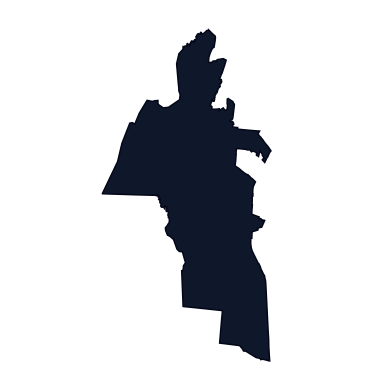 Žīguru pag., Vilakas, Latvia (Robinson projection), rotated 274°
{"feature_id": "27541924B94505112001659", "entity_name": "Žīguru pag.", "entity_type": "district", "adm_level": 2, "iso_a3": "LVA", "parent_name": "Latvia", "parent_adm1": "Vilakas", "projection": "robinson", "projection_center": [27.752, 57.307], "detail": "fine", "context": "isolated", "style": "filled", "palette": "ink", "viewbox_px": 384, "rotation_deg": 274, "n_neighbors": 0, "source": "geoboundaries", "source_scale": "gbopen_adm2", "svg_char_len": 5858}
<svg xmlns="http://www.w3.org/2000/svg" viewBox="0 0 384 384"><g transform="rotate(274 192 192)"><path d="M36.9,256.8L36.0,258.7L34.8,260.8L31.5,267.2L31.2,268.3L30.9,270.7L30.7,271.3L30.4,271.7L30.0,272.0L29.6,272.2L30.0,273.6L30.0,275.1L29.7,276.7L28.9,280.7L28.9,281.3L36.7,280.2L43.2,279.4L49.9,278.8L58.3,277.7L105.7,272.0L108.8,271.5L112.2,270.4L112.7,270.5L113.8,270.0L113.7,269.8L119.7,266.4L121.5,265.4L121.7,265.6L124.5,264.1L125.1,263.7L124.7,263.4L126.6,262.4L133.3,258.5L137.3,256.2L139.1,255.5L140.5,255.0L142.0,254.7L144.4,254.2L145.9,254.1L150.0,253.9L150.0,254.9L156.5,254.7L158.1,259.0L158.9,260.5L160.7,260.2L161.6,263.5L161.8,264.0L168.7,266.5L168.9,265.9L168.6,265.5L168.2,265.2L168.3,265.0L168.8,264.8L168.9,264.7L168.2,264.3L168.2,264.1L168.3,264.0L168.5,263.9L169.1,263.7L169.3,263.3L170.1,262.7L170.3,262.3L170.1,261.6L170.3,260.5L171.8,260.7L172.5,258.2L174.0,253.2L179.1,253.0L179.4,253.1L183.9,253.1L184.0,252.7L187.6,252.7L191.8,252.4L192.0,253.0L194.7,252.9L194.8,252.6L199.1,252.5L201.6,252.7L206.6,254.6L208.9,251.9L209.7,250.9L210.4,249.6L211.3,248.8L212.1,247.8L213.0,246.9L213.4,245.5L213.7,244.7L214.6,243.0L217.0,239.5L218.8,237.2L219.7,235.5L221.2,233.1L226.2,233.4L230.7,233.4L233.6,233.4L234.0,233.2L238.4,233.3L238.4,235.3L238.5,235.9L238.3,242.3L237.8,244.7L238.2,246.5L236.2,248.6L237.2,250.0L235.8,253.6L233.0,253.8L232.4,255.5L232.1,255.9L237.5,256.8L235.0,259.3L233.2,259.7L231.2,261.4L229.0,259.9L226.5,262.5L232.9,265.0L232.7,265.2L235.8,266.3L237.3,267.0L238.4,267.9L238.6,267.9L242.6,264.7L245.6,261.8L248.4,259.4L248.6,259.4L251.2,256.9L251.4,256.9L252.3,255.7L254.6,253.8L257.5,255.2L257.5,249.9L257.7,239.6L257.9,233.5L258.4,233.3L258.2,233.0L258.8,232.9L259.5,233.0L259.5,231.1L259.7,228.5L259.6,228.4L260.2,227.8L260.3,227.8L261.3,228.0L261.7,228.2L262.5,228.9L263.1,228.8L263.9,228.5L264.6,228.0L265.2,227.2L265.3,226.8L265.1,226.2L265.0,225.5L265.0,225.3L265.6,225.2L266.2,225.2L266.5,225.4L266.7,225.7L267.2,227.0L268.2,227.5L277.1,228.0L282.1,228.2L283.2,227.7L283.6,226.9L284.9,226.6L285.2,226.2L287.8,221.5L287.1,220.7L282.2,220.9L281.5,221.4L276.7,221.2L275.7,219.4L278.1,217.2L277.4,216.4L275.1,213.5L276.9,213.4L276.4,210.9L276.1,208.5L276.2,205.8L278.5,206.0L279.8,204.2L285.4,205.7L284.1,206.4L284.0,207.6L285.7,208.1L287.6,207.9L288.2,208.4L289.3,207.9L290.0,208.3L291.5,209.1L292.4,208.8L292.8,210.0L297.0,210.9L299.3,212.8L301.4,212.0L301.9,213.0L303.9,213.9L306.2,213.4L306.3,211.6L312.3,213.3L312.4,213.6L321.0,215.8L324.1,216.5L325.9,216.9L327.2,214.0L326.7,211.6L326.0,208.7L325.7,207.9L324.6,207.2L324.2,204.7L324.0,203.7L322.5,202.7L322.5,199.4L327.3,199.4L330.9,200.2L333.9,201.2L336.9,202.4L337.7,203.7L338.2,204.0L339.0,204.0L345.3,204.6L345.5,204.6L345.7,204.4L345.8,204.0L346.4,204.4L347.2,204.7L349.2,204.2L350.3,202.7L353.1,199.2L353.3,199.2L355.1,197.0L354.4,196.8L354.0,196.5L354.0,196.3L354.0,195.8L354.1,195.6L354.1,195.4L353.3,194.7L351.9,193.6L350.0,191.1L349.9,190.5L350.0,190.4L350.5,190.6L350.9,190.6L351.4,190.4L351.7,190.2L351.8,189.9L351.8,189.4L350.9,189.2L350.1,188.8L350.1,188.6L350.2,188.4L350.1,187.8L350.4,187.5L350.4,187.4L350.2,187.0L350.1,186.8L349.7,186.5L349.6,186.3L348.1,185.7L347.3,185.1L346.9,185.1L346.7,185.2L346.4,185.6L346.1,185.7L345.5,185.6L344.6,185.2L344.1,184.6L344.1,184.1L343.7,184.0L343.5,183.7L343.4,183.7L343.2,183.7L343.1,183.8L343.2,184.2L343.2,184.3L342.6,184.5L342.2,184.3L342.0,184.0L342.0,183.8L342.0,183.5L342.1,182.9L342.5,182.7L342.6,182.3L342.2,182.0L341.6,181.9L341.4,181.8L341.4,181.7L341.6,181.5L342.4,181.3L342.6,181.1L342.5,180.9L342.4,180.8L342.1,180.7L341.5,180.7L341.3,180.6L341.2,180.4L341.1,180.2L340.6,180.2L340.4,180.3L340.2,180.3L340.0,180.1L340.1,179.9L339.8,179.7L339.3,179.6L339.0,179.7L338.7,179.8L338.4,179.9L338.2,180.0L337.8,179.9L337.6,179.7L337.6,179.4L338.0,179.1L338.4,179.1L338.9,179.1L339.2,179.0L339.2,178.8L339.1,178.5L338.8,178.1L338.5,178.0L338.4,177.7L338.6,177.6L339.3,177.5L339.7,177.2L339.8,177.1L339.7,176.9L339.4,176.7L338.4,176.7L337.2,176.1L337.1,175.8L337.2,175.5L337.2,175.3L337.1,174.8L337.0,174.7L336.2,174.2L336.4,173.6L336.0,173.3L336.2,173.0L333.7,173.0L329.0,169.3L318.8,167.7L297.3,171.1L295.4,171.5L291.8,171.9L288.4,173.4L283.2,173.2L274.9,162.7L273.9,157.5L276.9,152.4L276.9,152.2L278.7,151.8L279.8,151.7L280.8,151.7L281.0,151.5L280.7,150.4L280.4,148.5L279.6,146.0L280.3,140.8L266.8,133.9L255.7,130.2L257.0,127.7L256.4,125.2L248.5,122.7L235.6,118.7L217.2,115.7L184.2,102.7L184.0,102.8L185.3,136.6L186.1,154.7L186.1,154.8L186.2,156.7L185.8,156.8L185.8,157.1L186.6,157.6L186.2,158.7L186.0,158.8L184.9,158.5L184.6,158.6L184.3,159.9L184.0,159.9L183.5,159.8L182.6,159.3L182.3,159.2L182.1,159.4L182.2,159.6L183.1,160.0L183.0,160.6L182.6,160.8L182.1,160.8L180.9,160.5L179.1,160.8L178.6,161.1L177.5,162.2L177.2,162.4L176.8,162.2L176.1,161.7L175.8,161.8L174.8,162.6L174.7,163.1L174.9,164.3L175.1,164.8L174.7,165.2L174.4,165.4L173.8,165.5L173.3,165.7L173.2,165.9L173.3,166.0L173.9,165.9L176.0,165.9L176.2,166.1L176.3,166.2L176.0,166.5L175.4,167.1L175.5,167.8L175.4,167.9L174.7,167.7L173.7,167.7L173.1,167.6L171.8,167.4L171.0,167.7L170.8,168.0L171.1,169.3L170.7,169.6L170.5,170.2L170.3,170.2L169.5,169.7L167.8,169.8L167.5,169.5L167.3,169.5L166.5,170.1L166.1,170.2L165.0,170.1L164.7,170.4L164.2,171.1L161.9,171.4L160.8,171.4L160.3,171.5L159.3,170.9L156.4,169.4L155.5,168.7L154.5,168.0L152.0,168.3L147.2,170.6L147.1,170.9L146.2,173.2L143.5,176.7L143.5,176.9L143.4,177.0L142.9,177.1L134.0,181.0L133.7,181.2L131.9,183.4L131.8,183.5L131.7,186.6L120.9,190.5L119.9,189.8L117.7,188.6L116.0,188.7L113.4,188.4L113.1,188.0L112.8,187.2L80.2,190.8L77.2,191.1L77.1,193.0L76.9,199.8L76.5,212.0L75.8,230.6L74.3,230.6L65.3,230.4L43.2,230.1L42.8,237.9L42.1,250.2L39.5,252.8L38.8,253.5L37.3,254.2L36.9,254.9L36.9,255.4L37.1,256.1L36.9,256.8Z" fill="#0f172a" stroke="#020617" stroke-width="1.5"/></g></svg>